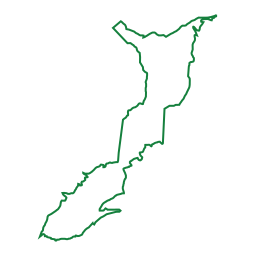 Moravia, San José, Costa Rica
{"feature_id": "36466004B8745227271040", "entity_name": "Moravia", "entity_type": "district", "adm_level": 2, "iso_a3": "CRI", "parent_name": "Costa Rica", "parent_adm1": "San José", "projection": "orthographic", "projection_center": [-84.02, 10.01], "detail": "fine", "context": "isolated", "style": "outline", "palette": "green", "viewbox_px": 256, "rotation_deg": 0, "n_neighbors": 0, "source": "geoboundaries", "source_scale": "gbopen_adm2", "svg_char_len": 5789}
<svg xmlns="http://www.w3.org/2000/svg" viewBox="0 0 256 256"><path d="M113.0,27.9L127.5,43.2L130.5,43.1L132.6,44.7L133.4,45.1L133.8,45.5L134.5,46.5L136.1,47.4L136.4,47.8L136.7,48.6L136.9,49.8L137.4,50.9L137.8,51.4L139.7,52.9L140.1,57.1L140.0,62.4L142.9,67.1L143.2,70.0L144.8,71.7L145.5,72.2L146.8,72.8L147.1,73.5L147.1,75.4L146.9,76.9L146.9,78.6L145.7,81.8L145.7,82.4L145.9,82.9L146.1,83.9L146.1,86.6L145.7,87.9L145.7,90.3L145.7,91.3L146.0,92.0L145.9,96.6L144.9,99.1L143.6,101.3L143.5,102.1L143.0,103.5L143.0,103.9L142.4,104.1L140.4,103.4L139.5,103.4L138.8,103.8L137.5,105.6L136.7,106.3L135.3,107.2L133.6,107.6L133.0,107.9L132.0,108.6L131.0,109.7L130.3,110.2L129.0,110.3L128.4,110.5L128.1,111.0L127.9,112.2L128.1,114.0L128.1,115.0L128.0,115.3L127.3,115.5L126.9,115.9L126.3,116.9L125.8,117.6L124.0,118.8L123.0,119.7L118.7,152.8L118.1,160.8L117.6,162.1L115.3,162.2L115.0,162.3L114.2,162.4L113.9,162.5L113.2,162.5L112.5,162.9L111.1,162.9L110.2,162.5L109.7,162.5L108.0,163.4L106.6,163.6L106.1,164.2L105.8,164.9L105.6,166.1L105.3,166.6L104.8,167.0L104.2,167.2L103.4,167.2L103.4,166.5L103.7,166.1L103.7,165.4L103.4,165.0L101.1,164.6L100.7,164.7L100.1,165.7L99.5,166.3L97.9,166.9L97.3,167.0L96.6,167.3L95.6,168.0L93.6,170.2L92.4,171.2L92.2,171.5L89.9,173.1L88.8,173.6L87.9,173.7L85.1,173.7L83.2,172.8L83.2,173.1L83.8,173.8L86.2,175.1L87.6,177.0L87.4,177.2L86.8,177.4L85.4,177.4L85.0,177.7L84.9,178.6L85.2,179.3L85.2,180.0L83.2,181.5L81.9,181.7L81.8,181.9L81.4,182.7L81.4,183.0L81.9,184.6L81.9,185.0L81.6,185.3L80.1,185.5L79.5,184.4L79.0,184.1L78.2,183.9L78.1,185.5L78.0,185.8L76.4,187.9L76.2,188.6L75.6,189.6L75.2,190.0L74.4,191.7L73.7,192.7L72.8,193.3L71.3,193.2L70.0,193.7L69.2,193.9L68.1,193.9L66.5,193.2L65.6,193.1L64.2,192.9L62.5,193.0L62.9,194.0L63.5,194.9L64.5,195.8L65.5,196.5L66.4,197.5L66.2,198.6L65.6,199.6L65.5,200.1L65.1,200.6L64.7,200.7L61.7,200.6L60.9,202.0L60.3,205.7L59.5,207.1L58.1,209.1L57.4,209.7L56.8,210.0L55.8,210.9L51.4,213.9L48.5,215.4L48.1,215.8L47.6,216.7L47.2,219.5L46.5,221.4L45.4,223.3L44.7,225.4L44.0,226.1L43.3,227.5L42.9,230.3L42.6,230.8L41.7,231.7L39.9,236.6L40.9,235.8L41.3,235.6L42.5,234.4L43.2,234.1L43.7,234.1L44.8,235.0L44.9,236.2L46.7,236.2L46.9,236.8L47.2,237.1L50.8,237.9L50.9,238.5L51.2,238.8L54.8,239.3L55.2,240.3L55.4,240.5L56.0,240.6L56.5,240.4L57.0,239.7L58.7,239.7L60.4,239.0L61.5,238.8L64.5,238.8L65.5,238.9L66.1,239.1L67.8,239.1L68.7,238.7L69.8,238.7L71.1,238.0L71.9,237.8L72.3,237.3L73.1,236.7L73.8,236.5L75.5,236.5L75.7,236.1L75.7,235.6L75.9,235.5L77.8,236.1L79.3,235.9L81.9,234.7L82.4,233.9L82.9,232.8L85.4,229.7L87.3,228.2L88.7,227.5L92.7,223.1L92.9,223.7L94.2,224.5L95.5,222.2L100.8,217.6L103.7,216.2L104.6,215.5L105.3,215.2L106.4,214.3L116.1,211.8L119.4,211.7L120.5,210.7L120.0,210.2L119.2,209.6L107.5,209.7L106.7,209.0L105.5,208.4L103.7,210.4L103.0,210.6L99.7,210.6L99.6,209.8L99.7,209.6L99.7,209.0L100.0,208.5L101.5,206.1L102.1,204.9L103.2,203.5L104.2,202.7L104.9,202.3L105.7,201.7L106.0,201.7L107.2,200.8L108.0,200.5L108.4,200.2L109.0,200.2L109.6,199.8L109.8,199.8L110.7,199.1L112.7,198.3L113.7,197.5L114.8,196.3L115.8,195.5L116.1,195.5L116.4,195.2L117.1,194.8L120.9,193.9L122.0,193.4L123.9,193.3L123.9,192.5L122.8,188.8L122.8,186.9L123.0,186.4L123.2,186.0L123.5,184.1L123.8,183.4L123.8,182.3L124.1,181.3L124.5,180.0L125.1,178.8L125.4,178.7L125.9,177.6L125.9,175.4L125.3,173.8L125.2,173.3L123.7,170.2L123.4,169.0L123.9,168.4L126.2,167.6L127.7,167.3L128.2,167.0L128.9,166.9L128.9,166.6L129.8,166.3L130.7,165.8L131.4,165.7L131.5,165.4L131.5,165.2L129.9,163.0L129.9,161.9L130.3,161.4L130.9,161.2L131.2,160.8L131.5,160.8L132.2,160.2L134.0,158.9L136.6,158.1L137.6,157.9L138.2,159.2L138.8,159.9L139.7,160.3L140.5,160.3L141.2,159.8L141.2,159.6L141.8,159.1L142.2,157.7L142.2,157.2L140.5,155.5L140.0,154.3L139.7,152.9L139.9,152.5L141.6,152.3L142.7,151.9L143.0,151.6L144.3,148.4L145.2,147.5L145.3,144.9L149.3,144.8L149.8,145.0L150.8,146.0L151.3,146.3L151.6,146.1L151.9,144.8L152.4,144.2L152.7,144.1L152.3,144.4L153.6,143.9L154.1,143.4L155.1,142.9L156.7,142.4L157.2,142.4L158.1,141.9L159.8,141.7L160.6,142.6L161.5,143.3L162.0,143.8L162.5,143.8L162.9,143.2L164.5,108.8L169.5,105.8L173.9,105.8L175.6,104.9L179.3,104.8L179.9,103.6L181.7,101.1L181.9,100.7L183.6,98.7L184.8,96.0L186.3,93.8L186.8,92.5L189.0,88.0L189.4,87.0L189.7,84.9L189.8,79.9L189.7,79.3L189.7,78.6L189.4,78.0L188.1,76.2L188.8,66.8L189.0,65.7L189.4,65.1L189.4,63.2L189.5,62.9L190.6,62.1L191.7,62.0L193.3,61.5L193.5,61.3L193.8,60.5L193.9,59.6L193.9,58.4L193.8,57.9L193.1,57.1L192.8,56.1L191.9,54.7L191.6,53.6L191.6,52.9L192.4,50.5L192.7,49.4L192.6,44.8L193.1,43.2L194.3,41.4L194.9,40.2L195.0,38.4L194.6,36.6L194.6,35.3L195.0,35.0L195.3,34.9L196.0,34.9L196.9,35.3L195.4,31.4L193.4,28.3L193.2,27.7L193.2,26.8L193.3,26.7L193.6,26.8L194.2,27.1L196.3,29.7L197.0,30.2L197.4,30.4L198.1,30.4L198.9,30.7L199.4,30.1L199.6,29.6L199.9,27.5L200.2,26.7L201.3,25.2L202.0,24.5L203.4,22.2L202.1,22.0L201.2,21.7L201.1,20.6L201.5,20.0L202.6,19.5L204.4,19.1L207.5,19.0L208.8,19.3L210.9,20.2L211.7,20.3L212.4,18.2L212.9,18.2L213.5,17.9L213.9,17.9L214.3,17.4L215.0,16.7L216.1,16.3L216.1,15.5L215.6,15.4L214.8,15.9L211.0,17.0L207.9,17.6L207.0,17.6L206.2,17.7L201.6,17.7L198.6,17.6L196.3,18.8L194.9,19.8L193.8,20.3L192.3,20.7L191.3,21.2L189.7,22.6L187.2,24.1L185.9,25.4L184.6,25.7L182.4,25.7L182.0,25.9L180.6,27.0L179.2,28.8L176.3,31.1L174.4,32.0L172.8,33.0L170.9,33.8L166.0,36.8L163.6,35.1L162.4,35.2L161.2,35.4L158.7,35.4L156.7,34.3L155.7,33.2L154.8,32.6L154.5,32.5L152.8,32.5L152.1,32.7L149.7,33.9L146.5,36.0L145.6,36.4L144.8,37.0L143.3,37.5L143.4,36.8L143.7,36.1L143.6,35.6L142.8,35.4L140.3,35.4L138.8,34.6L137.7,33.8L136.0,33.1L134.2,31.6L129.0,29.6L126.4,29.1L126.2,28.1L126.0,26.9L125.4,25.4L124.9,24.7L123.4,23.6L121.6,21.8L120.8,21.3L113.0,27.9Z" fill="none" stroke="#15803d" stroke-width="2"/></svg>